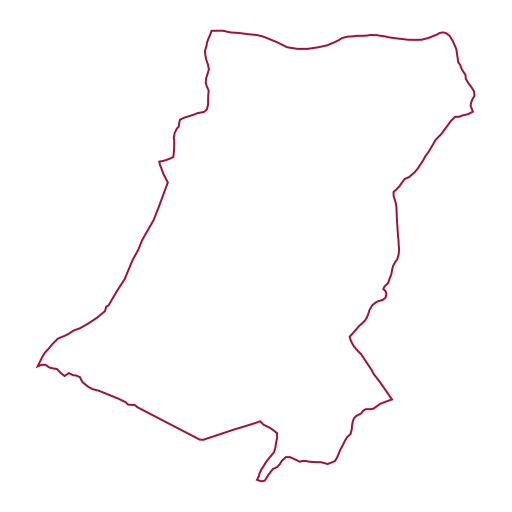 Vihiga, Western, Kenya (Natural Earth projection)
{"feature_id": "3690345B61928390686387", "entity_name": "Vihiga", "entity_type": "district", "adm_level": 2, "iso_a3": "KEN", "parent_name": "Kenya", "parent_adm1": "Western", "projection": "natural_earth1", "projection_center": [34.696, 0.032], "detail": "fine", "context": "isolated", "style": "outline", "palette": "rose", "viewbox_px": 512, "rotation_deg": 0, "n_neighbors": 0, "source": "geoboundaries", "source_scale": "gbopen_adm2", "svg_char_len": 3561}
<svg xmlns="http://www.w3.org/2000/svg" viewBox="0 0 512 512"><path d="M204.9,50.9L205.5,56.0L206.4,60.3L207.9,64.4L208.9,69.3L207.6,73.7L206.2,78.1L205.7,82.8L206.7,86.1L208.7,90.7L208.2,95.5L208.1,100.1L208.1,104.3L206.9,109.4L203.9,112.0L200.8,112.5L197.3,113.2L193.6,114.7L188.7,116.3L183.8,117.8L180.0,119.7L179.2,122.9L178.8,126.5L176.8,128.7L174.7,132.9L173.8,137.3L174.2,140.9L174.2,144.1L174.1,149.2L173.7,153.7L173.3,157.0L170.6,158.3L166.8,159.8L162.9,161.0L159.3,161.6L160.0,165.0L161.3,168.1L162.6,171.6L163.8,174.8L165.8,178.6L167.8,182.5L158.5,207.7L156.8,211.9L153.7,219.9L142.4,239.6L138.3,249.7L134.1,257.3L132.4,260.5L127.7,271.8L124.6,279.3L117.0,290.9L108.6,305.3L106.2,306.7L105.0,311.1L97.0,317.7L91.5,321.4L86.1,324.8L79.6,328.4L73.7,330.5L68.9,333.7L64.7,335.8L57.8,338.7L54.7,341.8L52.3,344.2L48.8,348.5L44.9,352.7L42.2,357.1L37.6,366.4L41.6,364.8L45.4,364.8L49.5,367.6L53.6,368.5L56.9,369.0L60.7,372.9L64.5,376.0L68.9,373.1L73.0,375.2L76.0,375.5L79.9,377.1L82.3,381.9L86.2,385.2L89.0,387.3L92.8,389.2L95.8,390.0L98.4,390.6L118.5,398.7L122.1,400.5L125.8,402.3L128.0,404.6L130.9,404.8L134.8,405.0L137.7,407.4L199.7,439.6L203.2,439.8L233.5,429.7L245.7,426.0L252.0,424.1L255.6,422.9L260.2,421.3L263.6,424.8L267.2,426.5L269.7,427.7L272.4,429.5L277.0,433.1L277.1,437.9L276.2,442.0L275.3,447.9L274.0,452.2L271.0,455.9L267.6,460.0L265.6,462.7L263.9,465.7L261.8,468.8L259.7,472.8L258.9,476.1L257.0,479.8L261.2,481.3L264.8,480.6L268.4,475.0L272.8,469.0L276.8,467.3L279.7,464.3L282.0,460.6L285.9,457.1L290.1,457.1L293.2,458.6L296.5,460.1L299.7,461.7L302.6,461.0L306.1,461.0L308.9,461.7L315.5,462.1L321.0,462.2L324.6,463.2L327.7,464.0L331.8,462.4L335.0,461.0L337.2,457.3L340.3,449.8L342.8,445.1L345.1,440.5L347.1,437.2L350.6,433.9L351.8,429.0L352.0,425.8L352.8,421.5L354.0,418.3L356.0,416.1L358.6,414.8L361.4,413.3L363.1,410.7L365.7,409.2L370.5,409.2L373.4,408.7L377.5,405.7L380.6,403.6L385.7,401.7L392.0,399.4L380.3,382.6L373.5,373.8L371.8,370.3L361.1,354.2L358.4,351.5L356.0,348.8L353.9,346.4L352.3,343.6L350.6,340.2L349.7,336.6L352.0,334.2L354.7,331.1L357.0,328.5L359.1,326.0L362.0,323.5L365.0,320.6L366.9,317.5L368.3,313.9L369.7,309.6L372.3,305.2L375.6,302.6L378.6,301.0L382.5,300.1L385.5,297.7L386.4,294.1L385.5,291.1L383.3,289.0L384.6,286.3L388.1,283.2L389.5,278.7L391.2,274.8L392.1,269.9L392.9,266.5L394.4,263.4L397.3,259.1L398.6,254.4L399.1,250.0L398.7,244.7L398.5,240.4L398.1,236.7L397.7,231.5L397.4,226.5L397.1,222.4L396.8,217.2L396.6,212.2L396.4,207.1L395.8,203.1L394.8,199.8L393.7,196.5L393.5,192.1L396.9,188.9L399.5,186.2L401.7,182.9L404.7,178.9L408.9,177.2L414.1,172.8L417.6,168.8L420.1,165.0L423.0,160.6L425.2,156.4L428.7,151.7L432.0,146.1L433.7,143.2L435.4,140.1L441.4,133.9L451.1,120.7L455.1,116.8L459.0,116.8L462.3,115.5L468.0,114.2L472.9,111.7L470.6,105.9L471.1,102.6L472.5,99.1L474.4,95.9L474.1,91.6L471.8,87.7L468.4,83.2L465.8,78.9L465.5,75.0L463.6,72.1L461.6,69.0L460.2,64.9L458.2,62.2L457.8,58.8L457.2,55.3L456.3,49.1L453.0,41.4L449.6,35.7L445.7,33.0L442.9,32.4L439.7,33.0L436.2,34.9L432.4,36.4L428.0,38.1L424.7,38.9L421.9,39.7L415.3,39.9L411.3,39.8L408.6,39.8L402.0,39.0L395.8,38.3L389.2,37.4L384.9,36.4L379.9,35.7L376.7,35.1L373.6,35.1L370.4,35.0L366.7,35.6L362.5,35.8L359.5,35.8L356.1,35.9L352.4,36.4L348.0,36.6L345.0,37.3L341.9,38.1L339.1,40.0L336.3,41.4L327.3,45.3L318.7,47.2L307.5,48.9L301.2,48.9L297.6,48.9L287.0,47.2L277.0,42.2L263.1,36.5L256.7,35.0L248.3,34.2L239.1,33.0L230.3,32.4L222.8,30.7L211.5,30.8L210.3,34.5L208.6,38.2L207.1,42.2L206.4,46.3L204.9,50.9Z" fill="none" stroke="#9f1239" stroke-width="2"/></svg>